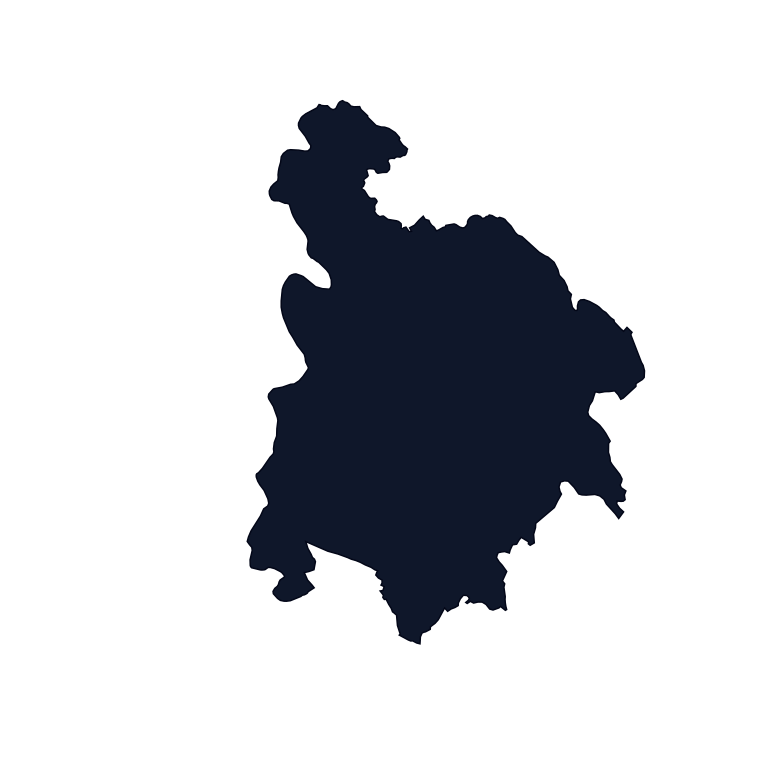 outline of Zozocolco de Hidalgo, Veracruz, Mexico, rotated 139°
{"feature_id": "50627088B61814303720147", "entity_name": "Zozocolco de Hidalgo", "entity_type": "district", "adm_level": 2, "iso_a3": "MEX", "parent_name": "Mexico", "parent_adm1": "Veracruz", "projection": "equal_earth", "projection_center": [-97.559, 20.128], "detail": "fine", "context": "isolated", "style": "filled", "palette": "ink", "viewbox_px": 768, "rotation_deg": 139, "n_neighbors": 0, "source": "geoboundaries", "source_scale": "gbopen_adm2", "svg_char_len": 6171}
<svg xmlns="http://www.w3.org/2000/svg" viewBox="0 0 768 768"><g transform="rotate(139 384 384)"><path d="M212.1,545.9L212.4,549.1L213.0,551.3L213.0,553.4L212.4,558.5L211.1,558.9L210.6,560.0L210.6,566.3L212.7,573.6L215.0,577.4L217.6,579.9L220.4,584.3L221.3,596.0L220.4,597.1L221.3,606.3L220.4,609.3L224.8,612.9L226.7,615.5L226.7,618.4L227.2,620.5L229.0,623.1L228.9,623.8L229.5,625.1L232.0,625.9L234.1,625.7L239.3,623.6L240.4,623.6L242.5,624.5L243.7,626.9L244.1,631.1L246.3,632.9L248.6,635.4L248.9,636.5L249.7,637.5L253.4,636.4L265.5,639.2L270.1,639.5L272.1,639.2L277.3,637.0L278.9,635.3L280.3,632.5L280.9,622.5L282.5,614.9L282.7,612.1L283.9,610.8L285.3,609.9L288.5,609.8L291.0,611.7L295.0,616.5L300.9,622.2L303.4,623.7L308.7,624.0L312.4,622.9L316.5,619.2L321.4,616.0L324.0,613.9L326.7,611.4L328.3,609.3L330.8,607.1L336.1,607.3L340.1,606.8L344.0,604.9L345.8,602.6L346.6,600.9L347.6,596.9L346.8,594.5L343.1,591.1L340.2,585.4L338.7,584.0L337.5,581.9L341.2,573.5L342.4,569.8L343.9,562.7L344.5,551.6L345.1,547.2L345.7,545.3L346.7,542.8L347.8,541.4L353.7,536.0L355.6,532.3L356.0,530.6L356.1,526.9L355.1,525.3L354.1,520.3L353.4,518.8L352.5,508.0L352.8,503.5L355.4,497.3L358.4,493.6L360.0,492.2L362.9,491.3L368.0,496.4L371.8,502.3L374.5,518.1L375.5,520.2L378.2,524.8L379.9,526.0L382.3,527.0L384.7,527.4L391.5,525.7L395.3,524.2L398.7,522.1L407.0,514.2L411.2,509.4L414.4,504.0L416.4,499.9L421.2,485.6L422.2,479.0L424.0,470.3L424.7,458.7L426.4,455.3L427.8,453.4L428.7,451.7L430.2,446.1L431.7,445.0L434.8,444.2L440.3,442.8L445.9,442.1L451.7,442.9L454.8,445.1L462.8,448.3L470.1,452.6L471.4,452.8L477.6,452.0L479.8,450.2L480.7,448.3L482.2,439.7L486.6,428.4L488.1,426.0L494.0,420.7L499.2,415.1L505.2,411.8L510.0,407.5L511.6,405.1L513.5,403.9L517.9,403.5L531.1,400.1L537.0,399.4L539.0,399.7L540.1,399.2L541.4,397.6L543.0,393.5L543.8,389.5L544.3,382.4L546.9,373.6L549.2,369.6L551.8,368.2L556.7,368.7L563.9,365.4L580.6,360.4L586.6,357.5L590.5,354.9L590.9,350.9L590.9,347.5L592.7,344.8L600.4,339.2L604.0,334.8L604.5,333.6L604.5,332.2L599.2,324.7L597.9,323.5L596.4,322.4L595.3,321.9L591.8,321.6L590.2,320.2L587.7,316.5L585.2,310.3L584.8,308.5L584.9,305.2L585.2,304.2L586.0,303.7L590.9,304.2L592.9,303.5L595.3,301.9L597.3,301.3L600.5,301.4L603.8,300.3L605.1,298.3L605.0,292.0L604.2,288.7L602.0,285.8L600.3,284.2L596.9,281.9L586.1,278.2L584.3,278.2L582.3,277.1L580.3,276.6L579.0,276.5L577.5,277.0L570.4,276.0L570.2,279.3L570.3,286.2L567.9,294.0L563.6,291.7L558.7,289.8L552.3,294.9L551.4,297.4L551.8,300.1L550.7,303.3L549.3,309.9L546.4,316.4L536.1,294.7L530.3,285.9L525.2,276.7L523.7,273.4L521.0,269.2L518.9,265.1L516.8,259.7L514.0,254.1L512.8,249.8L511.3,247.0L513.0,246.6L515.5,245.2L515.5,241.2L514.1,237.3L516.1,235.0L518.2,234.2L516.8,231.0L520.2,228.9L522.7,230.3L523.0,225.0L524.9,223.7L525.1,221.2L523.6,220.1L525.0,214.6L525.7,210.0L527.0,206.5L526.1,201.4L532.3,192.9L535.8,184.7L537.2,184.5L533.6,174.9L532.4,172.5L530.9,171.4L529.3,167.2L527.3,164.3L522.4,169.3L518.7,171.1L516.9,170.6L515.2,169.7L510.1,168.5L508.2,170.3L502.3,169.9L497.7,170.5L485.2,175.2L485.1,170.7L480.9,170.2L477.1,168.8L473.4,168.1L471.5,170.0L467.3,171.8L462.7,172.5L460.2,170.0L459.9,167.9L460.4,166.0L462.3,165.4L465.6,165.5L465.2,163.8L461.4,163.3L460.1,159.9L456.1,157.8L453.0,155.0L451.6,150.7L451.9,144.8L450.0,141.9L444.1,139.6L442.0,139.7L440.9,133.6L439.4,133.3L437.9,136.3L436.0,139.3L433.9,142.1L432.0,144.0L426.8,152.0L424.0,154.0L423.8,157.7L414.4,162.0L413.7,169.6L413.8,174.2L413.1,179.0L411.1,180.5L408.5,181.8L405.6,180.2L402.9,178.4L400.3,174.2L397.6,176.0L392.5,178.3L389.0,176.1L385.0,177.5L381.1,178.3L378.4,170.0L379.9,168.7L379.5,166.4L374.8,165.5L369.7,172.4L364.0,176.1L360.9,179.3L336.5,179.0L329.9,181.8L322.3,184.5L321.6,187.5L319.5,191.5L315.0,194.2L311.3,192.5L308.7,189.8L308.3,181.1L309.2,173.3L307.4,170.5L304.3,167.5L297.3,162.3L294.6,158.1L293.6,152.7L294.9,147.5L294.6,134.4L295.1,128.5L287.1,130.3L287.7,135.7L287.1,140.9L284.8,142.7L282.1,139.9L280.3,138.6L277.9,138.5L275.4,142.6L271.6,144.6L273.0,150.1L272.0,152.9L268.7,154.5L266.7,156.1L265.4,161.1L264.7,173.4L264.1,176.9L261.6,180.5L259.5,185.1L253.5,191.8L250.8,192.5L249.0,201.3L248.5,205.9L248.3,211.3L248.9,216.1L250.0,221.2L250.3,225.9L248.7,229.1L243.1,233.0L237.7,234.6L229.9,239.4L228.6,238.2L227.3,236.3L222.3,233.3L218.8,230.4L214.4,227.5L214.3,222.3L215.3,217.1L212.8,216.4L195.5,216.9L193.5,219.0L186.0,217.9L183.3,218.3L178.7,223.1L176.2,228.1L175.5,231.5L165.6,258.9L164.6,259.8L162.9,260.3L163.5,267.3L168.6,266.6L169.1,269.9L169.5,279.4L168.5,281.5L169.3,284.5L169.6,287.0L169.7,292.4L170.8,296.0L171.2,300.8L171.9,303.8L174.8,311.5L177.6,316.4L180.5,318.5L183.3,318.4L186.8,316.0L189.0,313.3L190.2,313.0L191.6,314.3L191.5,318.3L187.5,325.9L183.8,328.7L184.0,333.7L182.0,337.3L180.2,344.0L180.4,351.0L177.8,356.2L175.8,364.2L177.0,372.2L178.4,375.0L180.5,381.7L183.2,404.8L185.4,408.7L185.6,412.2L184.5,420.0L184.9,425.9L184.8,428.9L185.5,430.8L187.4,433.9L189.5,434.5L190.6,436.3L191.9,440.1L193.7,442.5L195.1,442.2L197.1,443.3L198.6,443.1L201.1,444.2L201.4,447.3L202.9,450.0L204.7,451.5L206.7,452.5L209.5,453.1L212.5,452.7L214.3,451.8L215.7,450.3L217.3,449.6L220.3,449.2L222.1,450.0L223.9,452.7L225.1,457.1L226.1,458.8L233.2,463.1L234.9,462.4L236.7,463.4L242.2,464.5L244.0,465.3L243.3,469.3L243.9,472.6L243.6,475.6L242.8,478.0L244.9,481.3L244.3,484.9L249.6,484.7L256.8,483.8L262.2,485.1L263.1,481.2L265.1,482.5L264.5,488.0L266.9,489.1L268.1,488.8L269.0,490.3L267.0,492.2L265.9,493.9L266.4,497.1L267.5,499.0L273.1,505.7L274.2,511.1L275.2,511.9L277.5,513.0L278.4,516.5L278.0,520.4L276.2,521.6L274.8,524.0L272.8,525.4L270.8,525.7L269.4,526.4L269.0,528.0L269.1,530.3L272.0,532.6L272.7,533.8L272.9,535.8L271.8,542.9L272.6,545.6L272.0,546.9L269.9,546.7L266.6,548.4L266.1,549.7L266.4,550.4L264.7,551.6L260.9,551.3L259.3,551.6L256.7,557.0L255.4,557.0L253.5,555.9L250.8,553.2L250.2,551.8L250.9,548.7L250.4,547.1L246.2,544.5L243.4,542.2L242.5,541.9L239.1,542.4L236.6,544.9L235.6,547.1L235.0,549.8L232.4,550.7L229.9,549.1L228.2,547.4L226.6,547.5L225.1,546.9L222.9,544.6L219.8,544.0L218.4,543.0L217.3,542.9L214.3,544.3L213.7,545.1L212.1,545.9Z" fill="#0f172a" stroke="#020617" stroke-width="1.5"/></g></svg>